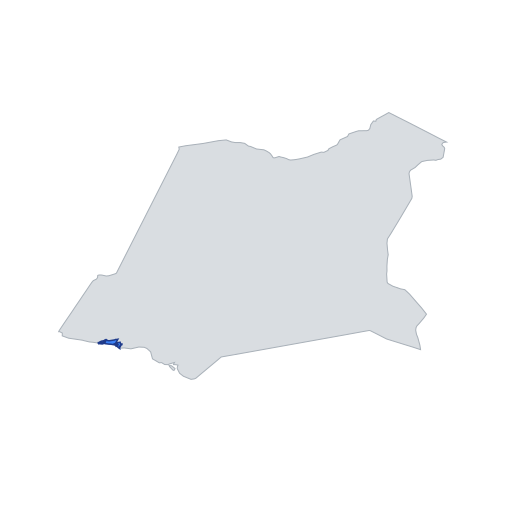 Kilifi North, Coast, Kenya shown in context, rotated 80°
{"feature_id": "3690345B15365868811730", "entity_name": "Kilifi North", "entity_type": "district", "adm_level": 2, "iso_a3": "KEN", "parent_name": "Kenya", "parent_adm1": "Coast", "projection": "equal_earth", "projection_center": [39.892, -3.499], "detail": "fine", "context": "in_parent", "style": "filled", "palette": "blue", "viewbox_px": 512, "rotation_deg": 80, "n_neighbors": 0, "source": "geoboundaries", "source_scale": "gbopen_adm2", "svg_char_len": 5937}
<svg xmlns="http://www.w3.org/2000/svg" viewBox="0 0 512 512"><g transform="rotate(80 256 256)"><path d="M135.3,313.1L135.2,306.2L136.0,288.5L135.9,273.0L136.5,265.2L139.4,260.3L140.7,256.7L141.6,251.7L143.1,247.6L146.5,244.3L147.1,242.5L150.7,236.9L152.8,229.8L154.5,227.4L156.5,225.1L157.9,224.0L160.3,222.8L162.1,222.1L162.4,221.5L162.6,220.4L162.0,216.0L162.8,214.5L164.0,211.6L165.5,208.8L166.8,207.1L167.5,205.3L167.8,202.2L167.9,200.0L167.9,196.4L167.5,188.2L166.0,181.4L165.0,173.7L165.7,171.2L164.5,166.7L164.0,166.5L163.0,165.5L161.7,161.3L160.8,157.4L160.2,156.4L156.2,153.1L154.2,145.1L151.9,143.3L150.7,135.4L150.5,133.2L151.8,125.3L151.7,123.5L150.3,121.8L146.5,120.1L143.4,116.9L143.8,115.7L144.1,114.6L142.4,113.8L137.8,100.3L143.9,92.2L150.0,84.0L157.9,73.6L165.1,64.1L171.4,55.9L176.9,48.5L176.8,49.9L176.8,51.8L177.5,52.9L178.6,53.7L180.2,52.9L181.6,51.8L183.0,51.5L191.3,54.6L192.7,57.2L192.6,60.1L193.0,62.2L192.3,64.3L191.6,70.6L191.8,76.4L194.3,80.7L196.5,84.0L198.3,88.8L199.6,90.2L201.4,91.0L207.2,91.2L215.7,91.5L223.8,91.8L224.6,91.9L226.3,92.5L233.8,98.9L240.7,104.8L246.5,109.8L252.2,114.8L257.7,119.6L262.0,123.6L266.2,124.8L273.0,125.4L277.7,125.6L282.1,127.2L288.6,128.8L293.5,129.6L296.4,130.5L304.5,131.4L305.9,130.9L309.5,126.5L313.5,119.3L315.0,115.3L320.2,111.4L329.4,105.9L335.8,102.0L342.9,98.2L346.2,101.5L350.7,106.9L352.7,109.6L354.3,110.8L356.7,111.6L359.7,111.6L361.3,111.5L364.6,110.8L372.3,110.1L376.8,110.2L373.0,117.3L368.6,125.9L360.4,141.8L354.1,150.1L349.4,156.4L349.0,157.5L349.0,164.6L349.1,181.7L349.2,216.1L349.3,250.4L349.4,284.8L349.4,302.0L349.4,307.8L353.6,315.0L357.6,322.0L363.0,331.4L365.9,336.4L366.3,338.0L366.2,341.4L361.8,348.4L358.2,351.6L353.3,353.1L351.8,352.8L349.9,351.8L349.2,353.5L348.6,356.1L347.5,355.5L346.7,354.8L347.2,359.4L347.7,361.7L347.0,364.8L344.6,367.5L344.4,369.8L339.3,375.8L332.1,376.4L328.2,379.4L326.5,381.9L325.3,387.2L325.7,395.3L323.7,401.6L323.3,404.8L319.6,408.8L317.9,412.6L316.7,416.4L315.6,418.0L314.3,426.6L312.6,431.7L312.1,433.5L311.7,435.0L310.4,438.0L309.5,440.1L308.8,441.5L304.4,454.8L301.0,460.7L298.3,460.1L296.5,462.4L296.3,463.5L295.3,462.8L293.1,460.7L288.4,456.2L283.8,451.7L279.2,447.2L274.5,442.7L269.9,438.2L265.2,433.7L260.6,429.2L255.9,424.7L253.2,422.0L252.0,420.5L251.1,417.3L250.6,416.6L249.4,415.6L247.9,415.4L247.5,414.8L247.5,413.3L248.0,411.1L249.7,407.0L249.9,404.6L249.6,401.8L249.0,397.4L248.6,396.4L245.5,394.1L239.0,389.2L232.6,384.4L226.1,379.5L219.7,374.7L213.2,369.8L206.8,365.0L200.3,360.1L193.9,355.3L187.4,350.4L181.0,345.6L174.5,340.7L168.1,335.9L161.6,331.0L155.2,326.2L148.7,321.3L142.3,316.5L139.8,314.7L137.6,313.1L135.3,313.1ZM349.9,360.3L348.8,360.6L349.4,358.3L352.7,355.3L354.0,356.0L354.3,356.6L354.2,357.3L353.6,357.9L349.9,360.3Z" fill="#d9dde1" stroke="#a8b0b8" stroke-width="1"/><path d="M313.0,421.8L313.1,422.4L313.1,422.6L313.0,422.8L313.2,423.6L313.3,423.5L313.6,423.5L313.8,423.4L313.9,423.2L314.0,423.3L314.2,423.5L314.2,423.8L314.1,424.1L314.0,424.3L313.9,424.5L314.0,424.7L313.9,424.8L313.7,425.0L313.7,425.3L313.9,425.4L314.3,425.6L314.2,425.9L314.1,426.1L314.0,426.4L314.3,426.5L314.4,426.4L314.5,426.1L314.6,425.9L315.1,426.0L315.1,425.9L315.1,425.6L315.2,425.4L315.2,425.0L315.3,424.9L315.4,424.6L315.4,424.4L315.5,424.1L315.6,423.9L315.6,423.7L315.7,423.4L315.9,422.9L315.9,422.7L315.9,422.4L315.8,422.2L315.7,422.1L315.4,422.3L315.4,422.2L315.2,422.2L314.9,422.3L314.9,422.2L315.0,422.2L314.9,422.1L315.0,422.0L315.3,422.2L315.5,422.1L315.8,422.0L315.8,421.9L315.8,421.7L315.8,421.1L315.7,420.9L315.6,420.6L315.4,420.5L315.3,420.4L315.2,420.4L314.9,420.3L314.9,420.2L314.8,420.4L314.7,420.4L314.7,420.5L314.6,420.4L314.5,420.5L314.4,420.8L314.1,420.9L313.9,420.8L314.0,420.7L313.9,420.7L313.7,420.7L313.6,420.3L313.5,420.2L313.4,420.0L313.4,419.9L313.5,419.8L313.5,420.0L313.8,420.0L314.0,420.0L314.1,419.9L313.9,419.7L313.7,419.5L313.2,419.5L313.2,419.4L313.0,419.1L313.0,418.9L313.0,418.7L312.9,418.6L313.0,418.5L313.1,418.4L313.2,418.2L313.2,418.3L313.3,418.4L313.2,418.4L313.2,418.6L313.1,418.8L313.1,419.2L313.2,419.4L313.3,419.4L313.5,419.3L313.5,419.2L313.8,419.1L314.1,419.2L314.5,419.3L314.5,419.5L314.7,419.8L314.8,419.9L314.9,420.0L315.0,420.0L315.1,420.3L315.3,420.3L315.5,420.4L315.8,420.4L315.9,420.2L316.0,419.9L316.1,419.7L316.3,419.3L316.4,419.1L316.4,418.9L316.5,418.7L316.6,418.4L316.6,418.1L316.7,417.9L316.8,417.6L317.0,417.1L317.2,416.3L317.4,415.5L317.4,415.3L317.5,415.1L317.5,414.9L317.5,414.7L317.7,414.3L317.7,414.2L317.8,414.1L317.8,413.9L317.9,413.7L318.0,413.2L318.2,412.9L318.2,412.7L318.4,412.3L318.5,412.0L318.5,411.9L318.6,411.7L318.7,411.4L318.8,411.1L318.9,410.9L318.7,410.8L318.8,410.5L318.8,410.4L318.7,410.4L318.4,410.2L318.2,409.9L318.0,410.2L317.9,410.3L317.9,410.2L318.0,410.0L318.1,409.9L318.1,409.7L317.9,409.8L317.8,409.7L318.0,409.4L317.9,409.3L317.9,409.2L317.9,408.9L317.9,408.7L318.0,408.6L318.3,408.6L318.4,408.4L318.3,408.2L318.3,407.9L318.5,407.9L318.7,407.7L319.0,407.6L319.4,407.5L319.5,407.5L319.5,407.4L319.7,407.5L319.4,407.7L319.3,407.9L319.3,408.0L319.4,408.3L319.5,408.4L319.5,408.6L319.6,408.8L319.5,409.0L319.5,409.3L319.7,409.5L319.4,409.6L319.2,409.6L318.9,409.8L318.9,410.0L319.0,410.3L319.4,410.0L319.6,409.7L319.8,409.5L319.9,409.3L320.0,409.2L320.2,409.3L320.2,409.2L320.3,409.2L320.2,409.0L320.3,409.0L320.6,408.9L320.8,408.7L321.0,408.4L321.4,408.2L321.7,407.9L321.8,407.8L321.9,407.6L322.0,407.5L322.3,407.4L322.6,407.1L323.0,406.8L323.3,406.5L323.3,406.4L323.5,406.2L321.5,406.0L321.5,405.5L321.0,405.5L321.0,404.9L320.2,404.5L320.2,404.1L320.1,403.5L319.8,403.4L319.4,403.3L319.2,404.6L317.3,404.8L317.3,409.2L314.0,406.5L314.0,406.9L314.1,407.3L314.0,407.6L314.0,408.0L313.8,408.6L314.1,409.9L314.0,415.0L313.9,415.5L313.8,416.1L313.6,416.7L312.2,418.2L312.4,418.7L312.4,419.1L312.7,419.1L312.7,419.4L312.8,419.7L313.1,421.6L313.0,421.8Z" fill="#3b82f6" stroke="#1e3a8a" stroke-width="1.5"/></g></svg>